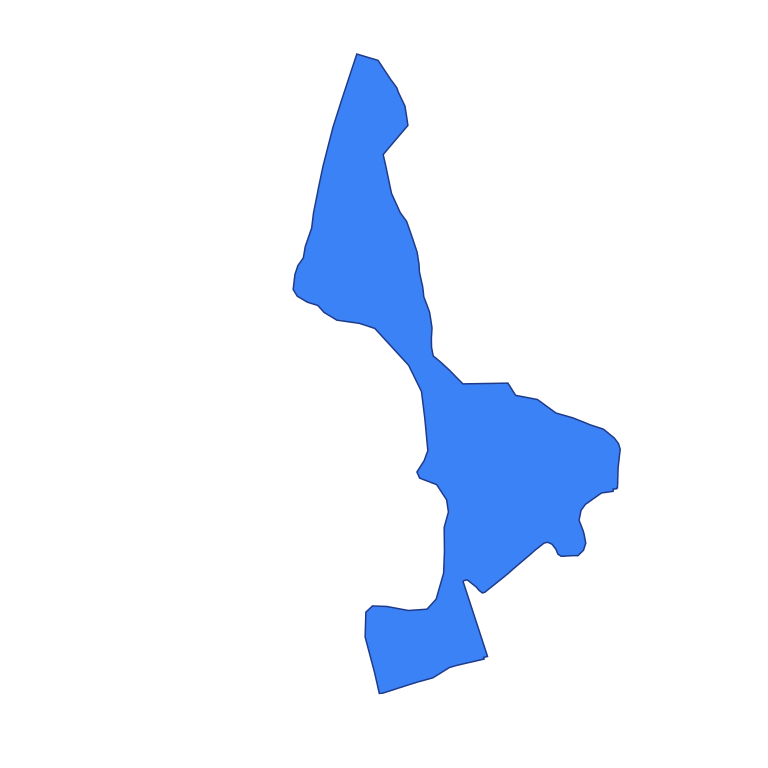 Saraf Omra, Western Darfur, Sudan (orthographic projection), rotated 233°
{"feature_id": "16777658B82122608499404", "entity_name": "Saraf Omra", "entity_type": "district", "adm_level": 2, "iso_a3": "SDN", "parent_name": "Sudan", "parent_adm1": "Western Darfur", "projection": "orthographic", "projection_center": [23.394, 13.638], "detail": "fine", "context": "isolated", "style": "filled", "palette": "blue", "viewbox_px": 768, "rotation_deg": 233, "n_neighbors": 0, "source": "geoboundaries", "source_scale": "gbopen_adm2", "svg_char_len": 3495}
<svg xmlns="http://www.w3.org/2000/svg" viewBox="0 0 768 768"><g transform="rotate(233 384 384)"><path d="M139.7,194.0L139.3,194.7L139.1,195.0L138.8,195.5L138.0,196.8L137.8,197.0L136.2,201.7L134.2,207.3L132.2,213.3L131.4,215.4L130.9,216.9L130.4,218.4L128.1,225.0L127.7,226.1L126.9,228.2L126.0,230.8L126.0,231.0L125.5,232.2L124.6,234.4L123.5,237.1L121.3,242.7L119.9,246.3L118.3,264.6L118.2,265.6L115.8,272.0L113.8,276.6L104.1,298.4L105.7,299.0L104.1,302.7L104.6,302.9L178.7,328.3L178.7,328.5L178.8,328.9L178.8,329.1L178.8,329.8L178.7,330.0L177.5,332.6L166.3,335.5L164.2,335.6L162.1,335.7L157.9,336.8L157.0,339.3L157.1,342.7L157.1,342.9L157.2,344.3L157.2,345.5L157.5,355.8L157.8,365.6L157.9,366.2L157.9,368.8L158.0,369.5L158.3,373.6L158.5,375.6L158.7,379.5L158.8,379.9L159.2,387.1L159.6,394.1L159.7,396.4L160.4,405.3L160.5,412.3L160.6,413.4L160.6,413.6L160.6,413.8L160.6,414.4L160.6,416.1L159.1,419.5L154.8,421.8L148.4,421.8L143.6,420.5L139.8,421.8L138.0,424.4L136.9,426.1L135.3,428.5L133.7,430.9L133.3,431.5L132.0,433.2L130.9,434.6L130.2,435.5L130.3,436.2L130.5,438.1L130.6,438.9L130.7,439.2L130.7,439.6L130.8,439.8L130.8,440.1L130.8,440.4L130.8,440.6L130.9,441.3L131.0,441.5L131.0,441.9L131.1,442.5L131.1,442.8L131.2,443.2L131.2,443.3L135.4,449.3L141.6,452.4L143.4,453.3L144.1,453.6L145.7,454.2L146.1,454.4L147.2,454.8L157.8,457.8L164.5,465.3L166.7,472.5L166.6,473.3L166.1,492.1L160.4,502.4L161.6,503.6L162.1,503.7L160.4,506.7L160.9,507.1L160.5,507.8L163.9,510.7L165.9,512.3L166.1,512.4L168.8,514.6L170.1,515.7L170.8,516.2L172.0,517.1L174.0,518.8L174.5,519.2L174.7,519.3L176.5,520.8L180.9,525.0L183.1,527.1L185.9,529.7L189.7,533.4L189.9,533.4L191.2,533.9L191.9,534.2L192.3,534.3L192.6,534.4L193.3,534.7L193.6,534.8L194.2,535.0L194.4,535.0L194.5,535.1L195.2,535.4L198.2,535.4L202.3,535.4L207.6,534.1L215.8,532.1L225.9,525.1L227.3,524.1L242.8,514.8L257.3,503.9L269.3,500.2L279.3,497.2L282.8,494.0L289.9,487.6L295.7,482.3L310.1,483.5L336.6,447.1L346.0,445.8L355.5,444.6L361.5,443.5L367.5,442.4L372.2,441.3L376.8,440.2L380.7,442.1L384.6,444.0L388.5,446.8L392.4,449.7L396.1,452.9L399.9,456.1L406.9,459.9L413.9,463.6L421.8,466.0L429.8,468.3L434.2,471.0L438.7,473.6L443.0,475.5L447.3,477.5L452.1,479.7L455.3,481.8L458.5,484.0L463.8,486.8L469.1,489.7L476.5,492.2L483.9,494.7L492.0,497.3L500.2,499.9L505.6,500.0L511.1,500.1L521.4,502.4L531.7,504.7L546.4,511.6L555.9,516.1L561.2,518.5L567.7,521.4L569.6,529.6L573.6,547.4L574.5,551.4L576.1,558.7L581.0,561.4L584.7,563.4L589.8,566.1L593.3,568.0L603.3,570.0L607.5,570.9L608.3,571.0L608.5,571.1L608.8,571.2L609.3,571.3L610.3,571.7L610.7,571.8L611.4,572.0L612.5,572.4L612.9,572.5L615.0,572.5L618.2,572.6L621.5,572.6L623.4,572.6L629.2,573.0L634.8,573.3L642.3,573.8L643.5,573.9L645.9,574.0L646.2,573.9L646.4,573.8L647.3,573.1L648.4,572.3L649.4,571.6L650.7,570.6L655.0,567.4L660.4,563.5L661.2,562.8L663.7,561.0L663.9,560.9L652.7,544.7L649.5,540.1L642.7,530.3L634.5,518.5L630.7,513.2L629.6,511.6L619.5,497.4L594.6,466.3L578.7,448.1L577.8,447.2L563.0,430.6L552.1,420.1L541.3,404.0L533.3,395.5L530.4,386.5L525.0,378.7L514.1,368.3L506.2,367.6L495.3,372.1L486.6,378.4L477.2,379.2L463.3,384.8L447.3,400.8L433.9,410.1L384.0,414.9L355.4,409.4L331.5,395.6L304.4,378.9L298.6,369.9L293.9,357.3L287.4,355.8L271.9,365.5L253.8,364.3L243.0,358.4L233.2,345.7L214.0,331.6L197.1,317.8L180.8,296.2L178.3,282.8L188.4,267.2L204.7,252.3L213.7,241.2L212.7,232.2L193.2,216.6L189.2,215.0L159.2,202.8L142.5,195.3L139.7,194.0Z" fill="#3b82f6" stroke="#1e3a8a" stroke-width="1.5"/></g></svg>